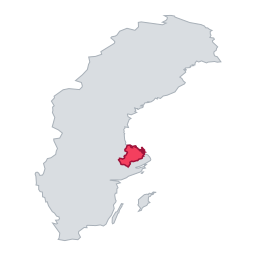 Uppsala highlighted on a map of Sweden
{"feature_id": "SWE-195", "entity_name": "Uppsala", "entity_type": "County", "adm_level": 1, "iso_a3": "SWE", "parent_name": "Sweden", "parent_adm1": "", "projection": "equal_earth", "projection_center": [17.867, 60.017], "detail": "medium", "context": "in_parent", "style": "filled", "palette": "rose", "viewbox_px": 256, "rotation_deg": 0, "n_neighbors": 0, "source": "natural_earth", "source_scale": "10m", "svg_char_len": 5361}
<svg xmlns="http://www.w3.org/2000/svg" viewBox="0 0 256 256"><path d="M38.7,173.1L39.8,175.4L42.4,175.1L43.5,173.5L45.0,168.7L43.5,163.4L45.9,161.5L47.4,158.6L50.9,157.8L55.7,154.4L56.3,151.0L57.5,148.5L53.9,140.9L53.7,139.0L59.7,138.1L62.4,133.1L58.4,129.9L52.2,126.9L54.8,117.5L52.4,112.5L52.9,110.4L52.6,107.1L54.2,105.8L51.4,101.1L54.5,97.9L54.1,96.2L63.1,89.8L68.9,88.6L79.5,89.6L82.1,87.0L82.3,85.7L81.4,82.5L75.5,80.6L82.2,75.0L87.4,69.5L88.6,64.3L89.8,62.0L88.7,57.0L95.5,56.4L101.7,54.3L100.9,51.6L114.4,43.3L114.9,41.9L113.9,40.5L110.8,37.9L111.7,36.8L115.3,36.1L117.0,35.0L119.7,31.2L127.0,28.3L135.0,30.3L138.5,26.9L138.3,22.4L141.2,21.9L162.5,24.8L166.1,23.1L162.4,22.2L166.0,20.4L167.0,19.2L167.4,17.9L167.2,17.2L164.3,15.6L171.0,15.4L174.6,16.1L175.0,17.1L189.6,22.5L201.1,24.6L204.5,26.1L205.7,27.8L207.6,27.9L209.7,29.5L212.0,30.4L210.2,31.5L210.3,34.1L211.0,35.2L209.9,37.5L213.7,38.0L214.4,39.3L212.4,40.7L212.7,42.2L217.7,46.9L216.5,48.4L216.2,50.3L214.1,51.7L213.8,53.2L214.3,55.1L215.0,56.1L217.2,56.7L220.9,61.8L217.3,62.2L214.5,61.5L208.1,62.1L206.5,62.9L201.5,60.9L198.7,62.0L196.7,61.0L195.2,62.7L194.9,65.0L192.5,64.8L193.4,65.7L190.3,66.0L190.1,66.4L190.7,66.9L189.8,67.6L185.5,67.9L184.9,68.6L186.2,69.5L186.1,70.1L183.4,69.3L185.3,71.0L185.7,72.2L179.8,77.1L181.8,78.4L183.5,81.2L185.3,82.5L184.6,83.8L178.5,87.0L175.0,91.9L167.2,95.2L163.2,96.0L160.5,98.4L157.4,97.6L157.3,99.0L155.3,98.1L153.7,100.2L150.8,102.0L147.8,101.7L147.4,102.0L148.4,102.5L144.8,102.9L143.7,104.8L141.1,105.3L140.6,105.9L143.3,106.0L142.8,107.5L139.7,108.3L138.6,109.3L137.3,109.2L137.5,108.5L135.5,108.5L134.9,107.7L134.5,107.9L135.8,110.4L134.8,111.4L136.7,112.4L131.2,114.8L127.8,113.9L127.4,114.6L128.1,116.7L131.0,118.4L129.2,119.5L127.3,124.5L128.5,127.5L124.7,126.9L125.0,128.0L123.7,129.4L124.2,131.3L123.8,132.6L124.7,133.8L124.2,134.4L124.7,139.9L125.8,142.3L125.4,144.2L127.0,145.2L130.3,145.4L131.3,147.0L135.6,146.1L138.6,149.2L144.4,151.9L144.1,153.6L147.8,154.9L149.9,157.3L150.8,159.3L150.5,160.5L144.8,163.8L140.3,166.1L135.7,167.4L136.0,168.0L138.2,168.2L143.8,166.6L145.4,168.0L142.4,168.7L141.8,170.6L140.5,171.9L128.3,176.3L126.6,177.7L121.1,179.9L111.3,179.8L109.8,180.2L118.3,181.2L120.3,182.8L116.3,183.9L118.0,187.8L116.9,188.8L116.8,193.1L115.4,193.2L114.7,195.0L115.4,199.5L116.1,200.7L115.8,202.0L113.4,205.0L114.2,208.6L111.4,215.2L108.4,219.1L106.0,224.2L103.4,226.0L100.3,224.9L95.8,225.6L87.5,225.3L86.5,225.9L87.0,227.7L84.1,227.5L78.7,231.5L78.5,233.4L80.5,237.2L77.9,239.7L72.3,239.1L64.8,240.6L58.2,239.4L59.1,238.1L59.8,233.1L52.6,223.0L56.1,224.0L57.5,223.5L55.5,220.2L58.5,220.0L59.5,218.8L59.0,216.9L56.6,216.1L54.5,213.1L52.3,211.6L48.5,205.7L47.2,201.7L45.8,202.1L44.8,197.5L42.6,196.8L42.4,192.1L40.1,191.6L38.7,189.5L38.7,185.5L36.0,185.0L36.4,183.1L35.9,176.2L35.1,174.0L35.9,172.4L37.4,172.2L38.7,173.1ZM152.4,194.6L151.1,195.0L150.4,196.3L148.5,197.0L148.2,201.0L149.9,202.6L148.1,203.2L146.8,205.4L143.5,206.9L142.1,208.2L141.4,210.3L138.5,211.3L140.6,208.3L137.9,204.9L138.6,203.6L138.4,199.7L144.3,194.7L147.1,194.1L148.3,194.7L148.9,193.5L149.7,193.2L152.4,194.6ZM114.0,223.0L112.6,223.8L112.1,222.6L112.3,217.8L115.7,212.1L117.2,211.7L121.2,204.0L121.7,203.5L123.1,204.0L122.1,204.7L122.1,206.0L119.5,210.1L118.8,212.8L117.9,213.4L114.0,223.0ZM153.6,193.0L153.3,194.2L151.8,193.3L153.2,192.0L156.2,192.3L153.6,193.0ZM146.5,164.4L144.7,166.1L144.3,165.4L144.7,164.5L146.5,164.4ZM142.4,173.3L141.4,173.4L142.1,172.2L143.4,171.9L142.4,173.3Z" fill="#d9dde1" stroke="#a8b0b8" stroke-width="1"/><path d="M127.2,145.5L127.7,145.3L130.1,145.1L131.3,145.8L130.5,146.2L131.0,147.4L131.5,147.6L132.5,147.7L132.3,147.0L132.8,146.5L133.6,146.2L135.1,145.9L135.5,145.9L135.9,146.1L136.2,146.7L136.1,147.1L135.8,147.3L136.2,147.4L136.5,147.6L137.7,148.2L137.9,148.7L138.3,149.1L138.9,149.4L140.1,149.6L139.3,150.1L139.7,150.6L140.6,150.1L141.0,150.1L141.5,150.2L142.5,150.2L142.8,150.4L142.8,150.8L143.2,151.1L142.6,151.2L142.5,151.3L144.5,151.8L145.1,152.1L144.5,152.3L142.1,151.8L140.9,150.7L141.1,151.3L142.8,152.6L142.5,152.6L142.0,152.2L142.1,152.7L142.4,152.9L143.6,153.6L144.1,153.5L144.3,153.2L144.3,153.8L144.4,154.2L143.0,155.5L143.1,155.8L143.5,156.1L142.9,156.3L142.5,156.6L142.4,156.9L142.4,157.6L142.3,158.0L142.0,158.3L141.3,158.6L138.9,159.2L138.5,159.5L137.9,160.4L137.6,160.6L136.4,160.6L134.4,161.3L133.1,161.6L132.1,161.3L131.5,161.3L130.9,161.8L130.2,162.0L129.8,162.8L130.0,163.2L130.3,163.6L130.3,163.9L129.4,164.9L129.3,165.6L129.2,165.8L128.7,166.1L128.1,167.0L127.7,166.5L127.4,166.3L126.0,165.7L125.5,165.4L125.2,165.0L124.5,164.7L123.8,164.5L122.6,164.6L121.1,164.4L120.8,163.9L120.4,162.5L120.1,162.0L118.5,159.8L118.6,159.6L119.3,159.3L119.5,159.1L119.6,158.9L119.6,158.3L121.7,158.6L122.0,158.9L122.4,159.1L122.6,159.0L124.3,158.3L124.5,158.0L124.7,157.3L124.7,156.8L124.1,156.6L124.1,156.3L124.9,155.4L125.6,155.4L126.1,154.9L127.3,152.8L127.4,152.4L127.3,152.1L127.1,151.9L125.0,150.9L124.9,149.6L125.0,149.3L125.3,148.9L125.8,148.6L126.3,147.9L127.2,145.5ZM144.3,150.6L144.5,150.7L144.5,150.9L143.8,150.7L142.9,150.1L142.1,149.9L141.9,149.5L141.9,149.0L141.9,148.0L141.7,147.6L141.8,147.5L142.2,147.5L142.5,147.9L142.5,148.2L143.0,148.6L143.2,148.8L142.4,148.6L143.3,149.9L143.5,150.1L144.0,149.9L144.1,150.3L144.3,150.6Z" fill="#f43f5e" stroke="#9f1239" stroke-width="1.5"/></svg>